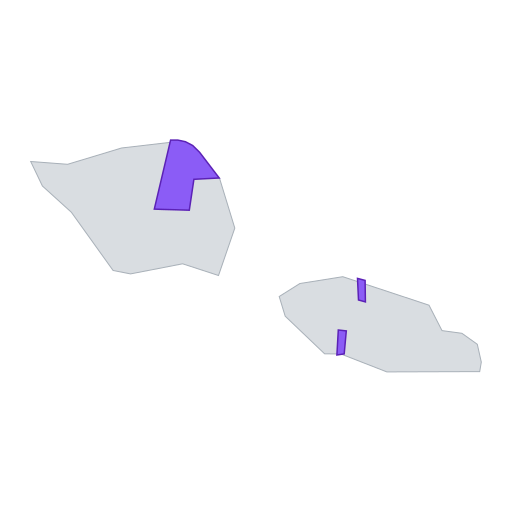 Samoa, with Gaga'emauga highlighted
{"feature_id": "WSM-4990", "entity_name": "Gaga'emauga", "entity_type": "state/province", "adm_level": 1, "iso_a3": "WSM", "parent_name": "Samoa", "parent_adm1": "", "projection": "natural_earth1", "projection_center": [-172.104, -13.734], "detail": "fine", "context": "in_parent", "style": "filled", "palette": "violet", "viewbox_px": 512, "rotation_deg": 0, "n_neighbors": 0, "source": "natural_earth", "source_scale": "10m", "svg_char_len": 781}
<svg xmlns="http://www.w3.org/2000/svg" viewBox="0 0 512 512"><path d="M181.6,141.0L219.6,178.5L234.8,228.1L218.5,275.5L182.6,263.8L130.5,273.9L113.1,270.5L71.4,212.3L42.4,186.0L30.7,161.5L67.6,164.3L121.5,148.0L181.6,141.0ZM479.7,371.6L386.8,371.9L340.9,354.0L324.6,353.8L285.2,316.2L279.2,296.5L299.9,283.5L342.8,276.7L429.0,305.2L442.0,330.6L461.9,333.3L477.3,344.3L481.3,362.1L479.7,371.6Z" fill="#d9dde1" stroke="#a8b0b8" stroke-width="1"/><path d="M170.6,140.1L177.9,140.1L185.4,141.7L192.7,145.5L199.6,152.3L219.2,178.0L193.9,179.3L189.3,210.2L176.9,209.8L162.2,209.4L154.3,209.1L170.6,140.1ZM344.2,353.9L336.9,355.0L338.3,330.0L346.3,330.9L344.2,353.9ZM357.5,278.4L365.1,280.4L365.4,301.9L358.5,300.0L357.5,278.4Z" fill="#8b5cf6" stroke="#5b21b6" stroke-width="1.5"/></svg>